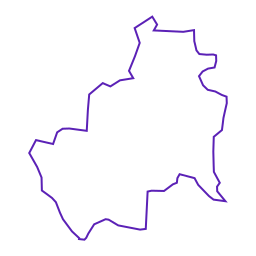 outline of Artik, Shirak, Armenia, rotated 89°
{"feature_id": "60910142B41372146219443", "entity_name": "Artik", "entity_type": "district", "adm_level": 2, "iso_a3": "ARM", "parent_name": "Armenia", "parent_adm1": "Shirak", "projection": "orthographic", "projection_center": [44.01, 40.585], "detail": "fine", "context": "isolated", "style": "outline", "palette": "violet", "viewbox_px": 256, "rotation_deg": 89, "n_neighbors": 0, "source": "geoboundaries", "source_scale": "gbopen_adm2", "svg_char_len": 1187}
<svg xmlns="http://www.w3.org/2000/svg" viewBox="0 0 256 256"><g transform="rotate(89 128 128)"><path d="M31.3,60.3L32.8,71.0L30.9,100.5L25.1,97.1L17.1,101.8L28.2,119.6L43.1,114.8L56.4,119.8L70.9,126.0L78.3,121.9L80.2,135.2L86.1,144.9L82.7,152.5L93.8,166.2L109.3,167.8L130.1,169.3L127.5,186.6L127.6,193.4L131.1,198.9L142.7,203.2L138.5,220.2L151.3,227.2L165.4,219.5L176.0,215.3L189.0,215.2L192.6,210.4L196.6,205.2L200.9,201.4L211.5,197.5L218.1,194.6L225.5,189.3L230.4,185.8L237.3,178.7L238.2,178.9L238.9,173.5L238.1,172.7L237.1,171.7L232.8,169.5L223.7,163.5L218.8,152.0L219.3,149.0L225.2,139.5L229.8,117.7L229.2,112.0L191.9,109.5L191.1,105.5L191.6,93.1L188.5,88.8L185.1,84.1L183.6,80.1L179.0,79.5L175.1,77.2L179.3,62.3L181.3,61.3L186.1,58.8L197.5,48.2L201.1,43.7L202.9,31.9L199.1,34.9L192.8,39.9L188.2,40.0L184.4,37.2L179.8,39.6L173.4,42.9L166.9,43.0L153.1,43.1L146.7,42.8L138.3,42.4L131.7,34.1L124.8,33.1L119.7,32.4L112.6,30.7L104.9,28.8L98.4,28.9L96.6,33.6L95.0,36.5L93.0,40.1L91.2,47.6L86.6,52.2L77.4,56.1L72.8,52.4L70.0,46.9L69.0,40.4L62.5,38.6L56.9,38.7L56.0,41.5L56.1,48.0L55.3,55.4L51.6,58.2L45.0,59.6L42.4,60.2L31.3,60.3Z" fill="none" stroke="#5b21b6" stroke-width="2"/></g></svg>